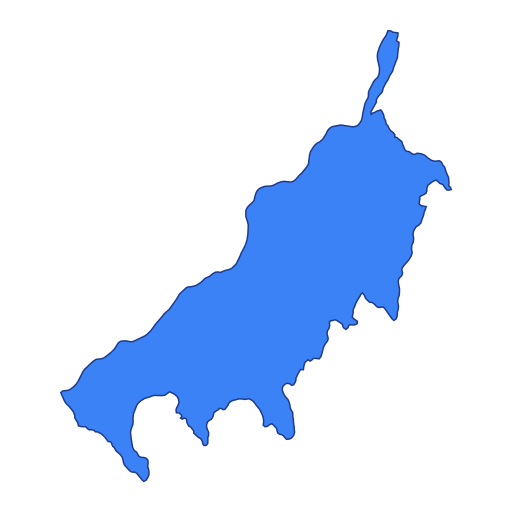 Pedras de Maria da Cruz, Minas Gerais, Brazil (Natural Earth projection)
{"feature_id": "56859067B60399140599304", "entity_name": "Pedras de Maria da Cruz", "entity_type": "district", "adm_level": 2, "iso_a3": "BRA", "parent_name": "Brazil", "parent_adm1": "Minas Gerais", "projection": "natural_earth1", "projection_center": [-44.322, -15.582], "detail": "fine", "context": "isolated", "style": "filled", "palette": "blue", "viewbox_px": 512, "rotation_deg": 0, "n_neighbors": 0, "source": "geoboundaries", "source_scale": "gbopen_adm2", "svg_char_len": 6060}
<svg xmlns="http://www.w3.org/2000/svg" viewBox="0 0 512 512"><path d="M451.2,189.6L450.6,187.6L448.8,185.9L449.0,182.7L448.7,180.0L448.6,177.7L446.3,172.5L444.5,166.9L442.9,165.3L441.5,162.4L439.7,160.8L434.6,161.2L431.5,160.4L427.3,157.6L426.0,156.2L424.1,154.9L421.3,153.8L418.9,153.4L416.9,153.3L415.2,154.3L412.8,154.3L409.1,151.6L406.6,151.3L404.9,149.8L403.5,146.3L402.5,144.3L401.9,141.8L396.7,137.4L394.8,137.2L394.8,134.6L392.9,132.3L390.6,130.7L389.1,128.4L387.7,125.7L386.0,123.7L385.6,120.7L384.1,117.8L383.7,115.0L382.4,112.2L380.8,109.9L376.4,111.3L374.7,112.5L372.8,113.0L371.2,114.3L371.0,111.6L376.4,102.1L376.3,99.9L377.3,97.8L378.6,96.0L380.1,94.2L381.8,92.7L382.7,90.6L383.0,88.6L385.5,83.5L387.8,80.0L389.7,75.7L392.6,71.2L393.5,67.8L397.4,57.6L398.3,48.4L398.8,46.4L399.0,42.3L396.5,40.9L397.0,38.6L397.8,36.3L398.0,32.9L393.0,32.2L390.7,30.9L388.0,30.7L386.1,35.5L383.1,39.8L380.6,44.6L379.4,47.4L377.6,53.1L377.3,56.2L377.6,59.6L378.9,65.1L379.4,67.7L379.5,70.1L379.2,73.4L378.2,76.3L377.2,77.9L375.5,79.3L373.6,81.6L368.6,91.5L368.4,93.9L368.4,96.2L367.9,98.1L366.5,100.4L365.1,103.3L363.6,109.7L362.6,114.5L362.3,117.1L361.7,119.5L360.9,121.3L359.6,123.3L358.1,125.1L356.3,126.1L353.6,126.8L351.1,126.6L342.2,125.2L340.1,125.1L333.9,126.3L331.6,126.9L329.2,128.7L327.4,131.0L326.3,133.5L322.7,139.3L319.5,142.0L317.9,142.7L315.5,144.5L313.7,146.6L310.5,151.6L309.6,154.7L308.6,163.0L307.9,165.0L306.7,167.0L301.4,173.5L299.6,174.9L295.7,179.5L293.3,181.3L291.2,182.1L284.6,181.4L282.7,181.5L280.2,182.1L277.3,183.2L274.5,184.8L271.3,186.0L266.0,186.2L264.2,186.5L260.4,188.0L258.4,189.3L256.7,191.5L255.7,193.9L254.7,197.4L254.1,200.4L252.7,202.2L249.1,205.4L247.3,207.5L246.0,210.1L245.8,212.9L245.9,216.7L247.7,222.3L248.3,225.1L247.9,234.0L247.0,240.2L245.1,245.7L241.0,253.6L240.1,255.9L236.4,263.6L235.1,265.1L231.6,268.4L229.4,269.4L225.0,270.5L220.4,272.5L218.5,272.0L215.8,272.1L213.4,273.3L211.6,274.6L209.8,276.3L205.3,278.2L201.0,282.3L197.0,285.0L194.0,286.1L190.5,286.8L188.6,286.9L186.4,287.6L179.6,294.0L176.0,300.0L169.2,309.4L164.1,313.9L162.4,316.2L155.7,324.0L151.0,330.5L147.1,334.3L144.7,336.0L133.3,341.4L130.9,341.8L126.2,340.9L122.6,341.0L120.3,341.4L118.2,343.0L115.1,348.0L113.2,350.4L110.8,352.6L105.2,357.0L103.5,358.1L101.1,358.8L96.0,359.4L93.0,361.4L84.6,369.3L82.9,371.8L78.0,381.5L76.2,384.1L74.0,386.4L70.5,389.2L68.1,390.3L62.5,391.0L60.8,392.6L64.3,400.6L65.5,402.7L67.1,404.6L69.1,406.4L73.4,411.8L74.6,415.1L74.9,418.0L76.1,420.2L77.8,422.7L78.4,425.8L80.6,426.5L83.0,426.7L85.8,426.7L87.3,428.5L89.1,429.8L91.4,429.7L93.8,430.2L95.4,431.8L97.5,431.9L101.6,434.0L105.0,437.3L108.1,441.5L110.9,441.9L112.7,446.3L114.1,447.4L116.3,451.1L120.6,454.9L122.1,457.1L123.0,459.7L123.5,462.7L124.4,464.9L128.6,469.6L130.7,471.6L133.2,472.2L134.9,472.2L136.8,473.3L142.0,479.8L143.7,481.3L145.9,480.4L147.7,477.7L148.8,475.1L149.0,473.0L148.8,470.8L148.4,468.8L147.7,466.4L148.1,463.1L147.9,460.3L146.5,458.4L144.3,457.6L141.2,457.3L139.3,456.6L138.0,454.8L136.7,452.3L134.2,450.4L132.6,447.3L131.2,438.9L130.5,432.3L131.0,429.5L132.9,424.3L133.1,421.9L133.0,418.2L133.4,414.1L136.8,405.1L138.3,403.1L139.6,401.8L141.1,400.6L144.7,398.4L149.7,396.9L152.2,395.9L154.2,395.4L161.9,395.6L165.0,395.1L169.6,391.8L172.5,393.1L174.8,394.4L177.2,396.6L178.4,399.0L179.0,402.5L178.0,405.4L176.6,407.9L176.0,410.0L176.4,412.8L179.1,412.9L181.2,414.7L181.9,416.5L180.5,418.0L182.2,419.1L184.1,418.1L186.4,418.7L186.9,422.5L188.7,426.0L190.7,427.0L193.8,431.1L193.8,433.2L198.3,437.3L200.6,438.6L202.3,441.2L202.8,443.8L203.9,445.5L206.1,445.4L207.7,443.6L207.9,440.7L207.8,437.7L208.6,435.3L208.6,432.3L207.4,429.6L206.5,426.4L206.8,423.9L207.6,421.9L209.3,420.4L211.4,419.2L212.7,417.2L213.9,412.8L216.0,411.0L218.1,409.8L219.6,408.4L221.5,408.5L223.0,409.7L225.0,409.3L227.8,405.5L229.1,402.9L231.1,401.2L232.8,400.5L238.9,398.9L242.3,399.0L244.9,399.4L249.0,398.8L251.1,399.8L253.0,401.1L255.0,403.4L256.2,405.2L259.6,409.3L262.1,414.3L262.9,416.5L263.4,418.7L263.7,421.5L263.2,425.1L264.9,426.7L267.0,426.5L269.2,424.9L271.8,423.7L273.8,425.3L276.6,428.5L277.6,432.8L279.4,434.2L281.6,434.6L283.2,435.6L284.7,437.4L286.5,439.3L289.1,439.1L291.5,438.0L293.7,435.4L294.6,432.2L294.2,429.0L294.2,426.8L293.7,424.6L293.3,419.2L292.8,416.4L292.7,412.6L291.1,410.0L290.2,407.5L289.8,404.5L288.8,401.3L287.8,399.4L286.3,397.8L284.4,395.1L283.2,392.8L282.2,389.7L282.7,386.6L284.7,384.4L286.8,383.3L289.6,383.7L291.5,385.2L293.5,384.9L295.0,382.6L295.8,380.6L296.0,378.2L298.0,373.7L300.5,369.6L303.4,369.7L303.8,366.4L304.7,362.9L306.6,360.9L308.1,359.7L310.0,361.1L311.6,360.2L313.1,358.6L314.8,358.3L319.3,358.8L320.9,356.5L321.9,353.6L323.1,348.6L324.1,345.9L325.6,343.4L327.6,340.8L328.2,338.4L327.0,333.9L327.5,330.7L329.0,328.4L329.7,325.4L329.4,323.1L330.2,321.0L332.6,320.5L334.7,319.8L336.5,320.3L340.1,322.6L342.3,324.3L343.3,327.5L345.8,329.4L347.9,327.8L348.8,325.4L350.9,324.7L353.3,325.0L355.3,324.7L357.2,323.6L357.3,321.2L353.4,318.5L352.2,317.0L353.2,312.5L353.1,310.4L353.7,308.4L354.7,306.4L355.8,303.4L357.1,300.8L360.1,295.9L361.0,294.0L362.5,293.0L364.4,295.3L365.4,298.0L367.3,300.1L369.5,302.2L372.1,302.5L374.1,303.8L376.0,305.9L377.6,307.2L379.5,307.5L381.5,307.0L383.6,307.3L385.0,308.8L391.8,318.6L393.8,320.4L395.8,319.3L396.9,317.1L397.3,314.9L397.3,312.5L398.1,309.6L398.5,306.7L397.7,301.5L398.1,298.3L399.2,295.3L399.5,291.7L399.5,288.8L398.6,284.4L398.2,281.2L398.8,279.0L400.0,277.3L401.8,275.6L402.6,272.9L401.8,270.0L402.2,267.8L404.1,265.3L408.5,260.3L411.2,256.0L412.2,252.6L411.5,249.1L411.9,244.8L413.2,242.3L413.6,239.5L413.5,237.0L413.0,234.6L413.4,231.6L414.6,229.2L416.1,226.8L418.6,225.3L420.9,223.0L421.7,220.2L423.5,215.4L424.2,212.1L425.4,209.3L426.2,206.6L421.2,205.7L419.2,204.0L419.4,201.4L419.9,199.2L419.7,197.0L421.5,195.6L424.2,194.4L426.0,193.2L426.8,191.1L426.9,188.2L427.9,185.2L432.5,181.7L434.2,180.8L436.0,180.1L437.9,181.5L439.8,183.4L442.8,184.5L445.0,187.8L446.7,189.9L448.9,190.1L451.2,189.6Z" fill="#3b82f6" stroke="#1e3a8a" stroke-width="1.5"/></svg>